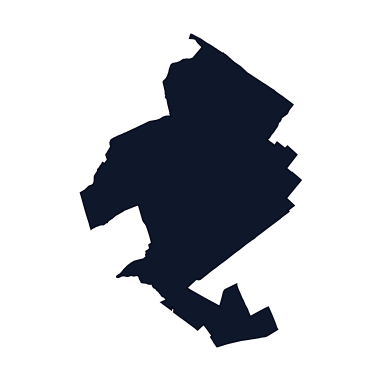 Balteni, Vaslui, Romania, rotated 83°
{"feature_id": "2599482B7876180524061", "entity_name": "Balteni", "entity_type": "district", "adm_level": 2, "iso_a3": "ROU", "parent_name": "Romania", "parent_adm1": "Vaslui", "projection": "albers", "projection_center": [27.634, 46.674], "detail": "fine", "context": "isolated", "style": "filled", "palette": "ink", "viewbox_px": 384, "rotation_deg": 83, "n_neighbors": 0, "source": "geoboundaries", "source_scale": "gbopen_adm2", "svg_char_len": 6027}
<svg xmlns="http://www.w3.org/2000/svg" viewBox="0 0 384 384"><g transform="rotate(83 192 192)"><path d="M266.5,276.9L267.3,277.0L267.6,276.1L267.7,275.4L267.7,275.0L267.4,274.4L266.8,272.6L266.6,271.5L266.6,270.4L266.8,269.4L267.0,268.7L267.3,268.1L267.7,266.9L267.7,266.4L267.7,265.2L267.5,263.9L267.2,263.1L267.1,262.6L267.4,261.7L268.1,260.5L268.1,258.9L268.0,257.9L268.0,257.1L268.3,256.1L268.6,255.5L269.3,255.0L270.0,254.8L271.0,254.7L272.4,254.4L273.6,253.8L274.7,253.4L275.5,253.3L276.1,251.5L276.4,250.2L276.4,249.5L277.1,247.8L277.6,247.2L277.9,246.4L278.1,245.9L278.3,244.5L278.2,243.9L278.3,243.2L278.8,242.8L280.9,242.3L281.7,241.9L282.3,241.5L282.9,240.4L283.5,239.7L284.4,239.1L285.3,238.7L286.0,237.9L286.8,237.2L288.0,236.6L289.3,235.7L291.6,234.5L291.8,234.0L292.2,233.8L292.2,233.5L292.5,233.0L293.8,231.7L296.0,230.5L296.3,231.1L296.5,232.1L297.7,236.1L306.5,226.8L303.8,225.7L306.6,223.8L308.9,224.8L321.8,211.1L327.4,205.2L329.6,203.3L324.7,196.6L329.4,193.8L333.7,191.5L337.0,189.5L338.2,191.1L340.6,189.9L344.7,188.1L348.6,186.0L346.6,174.8L345.2,161.9L345.1,160.2L345.1,158.7L344.8,149.7L344.6,143.1L344.3,141.2L344.3,139.7L344.3,137.6L344.3,137.2L343.9,135.2L341.8,130.5L338.7,123.8L337.7,124.4L336.7,124.7L334.5,125.1L331.9,125.7L324.0,127.8L317.7,129.7L315.6,130.3L316.7,133.7L319.6,141.2L322.9,149.3L321.9,149.6L318.3,150.7L316.7,151.1L315.4,151.3L310.8,153.2L305.4,154.7L304.6,155.1L303.8,155.4L294.3,158.2L293.0,158.6L291.4,158.8L289.9,159.1L288.9,159.0L289.6,161.1L292.6,169.8L293.1,171.0L293.6,171.7L294.4,172.3L295.4,172.9L299.4,174.4L309.1,178.3L308.8,178.7L298.9,192.7L289.8,204.9L287.9,207.3L286.5,208.9L280.2,200.1L278.7,197.9L279.6,196.8L279.8,196.3L279.8,195.6L279.5,194.3L275.2,187.2L273.2,184.1L271.0,180.3L269.4,177.4L267.5,174.3L265.3,170.4L263.7,167.5L257.9,158.0L256.4,155.4L254.8,152.5L252.7,149.0L250.1,144.8L249.1,143.0L246.6,138.4L245.2,135.4L244.8,135.2L243.7,133.5L242.6,131.6L241.4,129.4L235.5,119.4L231.9,113.1L230.7,111.1L228.9,107.8L228.4,107.2L227.9,106.6L223.8,99.3L223.1,98.2L221.8,99.1L221.4,98.3L217.9,92.3L209.6,99.2L207.3,96.8L193.5,82.3L184.7,90.3L184.7,91.0L179.9,95.5L167.7,83.4L158.1,91.7L160.3,94.3L152.9,101.5L153.6,102.3L154.8,103.0L156.0,104.3L154.4,105.8L153.5,106.8L151.5,109.0L150.5,109.9L149.8,110.8L149.2,111.0L148.7,110.3L146.9,108.2L146.1,107.6L144.6,106.4L142.0,103.6L140.8,102.6L139.7,101.7L137.2,99.4L136.4,98.9L134.7,98.3L133.6,97.8L133.1,97.1L132.8,96.5L132.5,96.1L131.7,95.5L131.2,95.1L130.6,94.8L129.8,94.8L129.2,94.1L128.7,93.3L127.3,90.8L126.9,89.9L126.6,89.6L126.4,89.3L126.1,88.5L125.3,87.7L123.3,86.4L121.8,85.4L121.1,84.7L119.4,82.9L118.2,81.8L117.6,81.2L110.0,89.1L109.1,90.0L107.5,91.7L106.1,93.4L103.2,96.6L101.1,98.4L100.1,99.7L97.7,102.6L95.2,105.4L92.8,108.4L80.6,122.8L73.7,128.6L68.6,134.4L65.8,136.9L60.0,142.0L59.4,142.7L59.4,143.3L58.2,143.9L58.0,144.1L58.1,144.5L57.8,145.1L57.0,146.2L53.9,149.9L52.9,150.9L52.9,151.1L52.7,151.3L49.3,155.2L47.6,157.4L46.2,159.4L44.7,161.1L41.4,164.8L35.9,172.8L35.4,173.7L35.8,174.1L36.3,174.4L37.3,174.7L39.2,175.6L39.7,172.3L40.7,169.8L44.4,168.0L49.5,164.1L58.6,173.9L59.5,175.0L59.6,175.9L59.8,176.8L60.0,178.4L60.0,179.0L59.5,181.2L59.4,181.6L59.5,182.1L59.7,183.2L59.5,183.9L59.6,184.7L59.8,185.2L60.3,186.2L61.1,187.5L61.4,188.3L61.6,189.4L61.8,190.5L62.1,191.5L62.2,195.0L62.3,195.5L63.1,196.8L63.7,197.5L64.7,197.9L65.7,198.5L68.5,199.7L69.6,200.0L71.0,200.5L74.9,202.6L76.7,204.2L77.2,204.7L77.9,205.8L78.7,206.8L79.0,207.0L79.5,207.1L83.5,206.7L88.3,206.2L89.6,206.2L90.7,206.3L91.2,206.4L92.1,206.3L92.6,206.1L93.3,206.0L93.7,206.1L94.2,206.4L94.3,206.6L94.8,206.7L95.6,206.1L96.3,205.5L96.7,205.4L97.8,205.3L101.7,205.1L106.9,204.5L110.1,204.0L110.6,204.1L111.2,204.3L112.9,204.0L113.4,204.0L114.4,204.2L114.5,204.5L114.4,204.9L113.9,206.2L113.8,207.4L113.8,208.8L114.0,209.5L114.3,211.5L115.0,212.9L115.9,214.7L116.3,216.3L116.7,218.5L116.9,222.3L117.0,224.9L117.2,226.0L118.5,229.8L119.2,231.9L120.5,235.8L120.8,236.6L121.1,237.7L121.8,239.5L123.3,244.3L124.4,247.5L124.5,248.0L124.6,248.5L125.1,249.4L125.6,251.7L126.3,253.8L126.9,255.7L127.4,258.0L127.8,259.0L129.1,262.9L130.0,265.1L130.4,265.9L131.0,266.3L132.3,267.0L133.4,267.3L134.2,267.3L134.9,267.3L136.9,267.0L137.3,267.1L137.7,267.4L138.8,268.3L139.1,268.4L139.7,269.0L141.7,270.6L143.0,271.5L144.5,272.9L149.8,271.8L151.8,274.0L153.3,275.1L151.9,277.2L152.5,277.6L153.6,278.2L154.5,279.2L155.4,280.1L155.7,280.1L156.3,280.6L157.4,281.9L157.9,282.5L158.2,282.8L158.9,282.8L159.5,282.8L159.7,283.2L159.9,283.3L161.3,284.1L161.9,284.7L162.1,285.1L164.1,286.6L164.6,286.8L165.2,287.0L166.4,287.2L167.0,287.2L167.6,287.3L170.0,287.8L170.5,288.0L171.3,288.5L171.8,288.7L172.2,289.0L172.7,289.7L173.1,290.8L173.4,291.8L173.7,293.4L174.1,294.0L176.1,296.5L176.8,297.5L177.4,298.5L178.6,301.4L179.2,302.8L183.9,302.0L191.4,300.9L197.4,300.0L205.5,298.6L207.2,298.2L210.1,297.7L213.0,297.3L216.6,296.7L215.9,295.7L215.5,294.5L214.9,292.7L214.4,291.8L214.1,290.4L214.0,289.5L213.7,288.6L213.2,286.3L213.3,285.6L213.5,284.9L213.6,284.3L213.5,283.7L213.2,283.1L212.8,282.5L212.2,281.8L212.1,281.2L212.0,280.9L211.9,280.5L212.0,280.1L211.8,279.8L211.3,279.7L210.9,279.3L209.7,277.5L209.1,276.2L208.7,275.7L208.4,274.7L207.3,273.1L206.7,272.1L205.9,271.1L205.5,270.2L204.2,266.9L202.9,263.9L202.7,263.0L202.1,263.0L201.9,262.4L201.2,259.5L200.5,257.0L200.1,255.3L198.9,250.8L198.1,246.7L203.8,245.7L214.1,244.1L215.6,243.5L216.9,242.8L218.0,242.0L219.9,241.3L221.1,241.0L224.1,240.3L230.7,239.1L237.7,238.2L239.2,241.0L239.3,241.2L242.8,240.6L243.0,240.6L243.4,241.3L244.8,243.5L244.9,244.3L245.4,244.9L246.2,244.8L247.3,244.6L247.8,244.8L248.3,245.5L248.8,245.5L249.7,245.3L250.2,245.0L250.6,245.2L251.4,246.4L252.5,248.0L252.7,248.4L252.8,249.9L253.2,253.1L253.6,255.7L253.7,257.3L254.2,258.6L254.8,259.9L255.2,260.9L256.4,263.0L257.4,264.7L258.2,265.8L259.0,266.7L260.0,268.1L261.4,269.7L262.5,270.7L263.7,272.1L264.7,273.3L265.1,274.2L265.4,275.1L266.5,276.9Z" fill="#0f172a" stroke="#020617" stroke-width="1.5"/></g></svg>